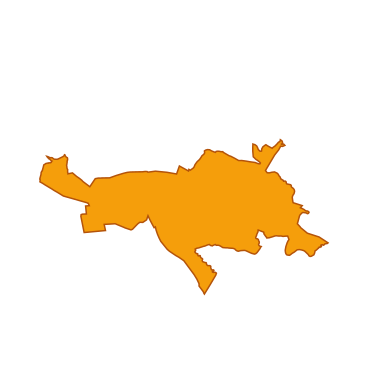 the district of Ixtapangajoya, Chiapas, Mexico, rotated 121°
{"feature_id": "50627088B67018988182398", "entity_name": "Ixtapangajoya", "entity_type": "district", "adm_level": 2, "iso_a3": "MEX", "parent_name": "Mexico", "parent_adm1": "Chiapas", "projection": "natural_earth1", "projection_center": [-92.977, 17.461], "detail": "fine", "context": "isolated", "style": "filled", "palette": "amber", "viewbox_px": 384, "rotation_deg": 121, "n_neighbors": 0, "source": "geoboundaries", "source_scale": "gbopen_adm2", "svg_char_len": 6065}
<svg xmlns="http://www.w3.org/2000/svg" viewBox="0 0 384 384"><g transform="rotate(121 192 192)"><path d="M119.5,164.5L122.3,163.0L125.6,161.0L129.2,158.4L130.3,157.6L130.6,156.1L131.1,154.3L131.2,152.1L131.5,149.5L131.9,148.3L132.7,148.2L133.2,148.8L133.7,150.2L134.2,153.1L136.0,157.3L137.6,161.4L139.4,165.6L141.0,168.2L141.1,172.7L141.4,177.3L141.8,178.7L141.9,185.7L141.7,185.9L141.6,186.4L141.8,186.8L142.5,187.8L143.1,189.7L143.9,191.2L144.8,192.2L146.0,192.4L146.3,193.9L146.7,196.4L146.7,198.6L147.7,200.6L149.1,201.9L150.4,202.5L152.0,201.3L153.6,201.3L155.7,202.1L157.8,202.1L160.3,202.3L163.4,203.2L166.9,203.5L169.7,203.1L170.9,203.3L174.2,204.7L174.2,206.3L175.8,205.8L176.2,216.2L184.5,214.5L188.0,223.6L193.0,234.1L197.7,240.0L197.6,241.0L198.5,242.7L200.2,244.9L200.4,245.2L203.0,249.4L206.6,255.1L208.6,257.7L211.4,260.5L216.7,265.3L222.3,269.9L226.4,276.5L227.0,277.3L228.5,279.7L230.4,281.8L240.1,282.3L239.2,290.9L238.7,292.5L238.3,295.4L238.1,298.9L237.2,304.3L240.3,307.7L239.7,308.0L239.3,308.7L238.7,309.0L238.2,309.4L236.8,310.1L236.4,311.0L235.1,312.1L234.5,312.5L233.5,313.4L232.8,313.5L231.5,314.1L230.9,314.3L230.3,314.6L229.9,315.0L229.3,315.0L228.5,315.2L227.4,315.9L226.8,316.5L226.9,317.5L226.8,318.0L226.3,319.2L225.6,320.1L225.7,320.5L226.5,320.3L227.1,320.4L228.4,321.0L232.4,323.6L233.4,324.4L234.8,326.9L234.8,328.3L234.6,329.1L234.7,329.6L235.1,330.5L235.7,331.3L235.9,333.7L236.2,334.8L236.6,334.0L237.3,331.6L237.1,331.0L237.6,329.2L237.6,328.0L238.2,328.3L238.7,328.0L239.1,327.9L239.5,328.1L239.9,328.4L240.3,329.1L241.1,329.8L241.0,330.0L242.9,332.0L243.5,332.2L245.1,333.0L247.7,332.2L250.6,331.4L250.9,331.2L251.7,331.5L253.4,331.2L254.3,330.6L258.5,329.4L258.9,329.2L259.2,328.9L259.4,329.0L260.1,328.2L261.6,327.6L261.5,324.4L261.6,321.9L261.6,313.3L261.7,310.9L261.6,307.0L261.7,300.2L255.3,276.5L255.3,275.4L255.1,275.1L256.6,273.0L258.8,276.0L265.2,271.2L267.5,274.6L268.5,275.4L270.1,274.7L282.3,263.6L275.7,254.6L269.6,246.3L265.0,250.6L259.0,241.8L258.8,241.6L257.3,231.6L257.3,231.1L255.9,224.8L254.6,223.8L247.2,222.1L244.8,221.1L243.4,218.5L239.3,216.6L235.0,217.5L237.7,213.5L240.0,209.7L242.1,206.1L240.8,205.4L243.2,203.1L246.0,199.8L248.3,196.6L250.4,193.3L253.9,183.7L254.4,180.9L254.8,173.2L254.7,169.7L255.1,163.6L261.8,147.5L262.5,146.2L264.2,142.9L267.0,138.7L269.0,137.5L271.6,131.1L272.0,130.4L272.3,130.2L272.7,129.6L273.1,128.8L261.5,128.7L250.9,128.8L250.3,129.0L249.3,129.1L249.0,129.3L248.9,129.5L248.9,130.7L249.0,131.1L249.9,132.2L250.1,133.1L250.0,133.4L249.8,133.5L248.4,132.9L248.1,132.8L247.8,132.9L247.7,133.4L247.8,133.7L248.5,134.7L248.6,135.3L247.3,136.9L246.7,137.3L246.3,137.4L245.9,137.9L245.9,138.7L247.0,140.7L246.7,142.0L246.0,142.7L245.4,143.2L245.3,143.6L245.7,144.4L246.2,146.8L245.9,147.5L245.5,148.0L245.0,148.2L244.3,148.2L243.9,148.5L243.7,149.6L243.8,150.4L243.7,150.8L243.0,151.6L242.7,151.8L242.4,152.1L242.4,152.5L242.5,152.7L242.7,152.9L243.0,152.9L243.1,153.1L243.4,153.5L243.5,153.9L243.1,154.5L242.1,155.1L242.1,155.7L242.5,156.4L242.2,158.1L242.0,158.5L241.5,158.9L241.2,158.9L240.8,158.7L239.9,158.9L239.3,159.9L237.8,159.0L236.5,157.5L232.5,154.0L231.8,153.2L229.1,151.2L228.0,150.0L228.3,148.9L228.3,148.6L227.9,147.4L227.7,146.8L227.0,146.5L225.0,145.0L225.2,144.2L225.1,143.6L224.4,142.6L224.0,141.8L223.8,141.0L223.7,139.3L223.8,137.3L223.7,136.8L222.3,134.0L221.9,133.4L221.5,132.7L221.1,131.6L219.2,127.9L218.9,126.7L218.8,125.9L219.2,124.9L219.3,123.2L219.0,122.0L218.7,121.5L218.0,120.9L217.2,120.1L215.1,117.1L214.6,115.8L213.9,109.5L213.2,106.9L213.0,106.4L212.1,105.6L210.6,105.1L209.1,104.9L205.9,104.6L203.9,104.7L203.1,104.6L203.5,106.0L203.4,106.7L203.3,107.1L203.0,107.6L202.5,108.0L202.3,108.1L201.6,108.0L200.7,108.3L200.3,108.5L199.8,109.1L199.7,109.5L198.8,110.4L198.5,110.8L198.5,111.3L198.5,112.1L198.8,112.7L198.8,113.1L198.7,113.5L198.5,113.8L198.2,113.9L197.8,114.1L195.9,114.3L195.2,114.6L192.9,114.9L192.3,114.9L190.5,115.7L189.5,109.8L190.8,108.8L192.2,105.7L192.4,104.9L192.9,104.2L192.1,103.1L191.4,102.2L188.9,99.9L186.9,98.2L186.1,97.2L185.2,95.2L183.8,92.9L183.2,91.1L181.9,89.4L180.5,87.3L182.8,84.4L184.4,84.5L186.5,84.3L190.5,83.4L193.9,82.1L195.5,80.9L196.5,79.8L197.0,78.7L197.0,78.1L196.1,75.9L195.3,75.4L193.1,74.6L190.9,73.4L188.0,72.3L187.3,72.0L186.0,70.2L185.3,68.4L184.7,66.1L184.7,64.7L185.7,60.3L186.0,59.6L186.3,59.2L186.5,58.7L186.4,57.6L186.0,57.0L185.4,56.5L183.1,55.2L181.4,55.4L179.0,56.2L178.0,55.6L176.0,55.0L175.5,55.0L175.2,54.7L174.7,54.6L174.0,54.7L173.7,54.4L173.5,53.8L172.8,53.8L172.6,53.2L172.3,53.0L172.0,53.0L171.7,53.2L171.5,53.5L171.3,54.1L170.9,54.1L170.7,53.9L170.5,53.5L170.1,53.3L170.0,53.2L169.9,52.9L169.9,52.6L170.0,52.4L170.0,52.1L169.8,51.8L168.5,51.3L168.0,51.4L167.5,50.9L167.0,50.1L166.3,49.4L165.5,49.2L165.1,59.9L167.9,71.9L166.6,80.5L166.1,81.5L165.0,85.3L157.2,87.5L156.2,87.6L155.2,87.4L153.5,87.0L152.5,86.5L151.4,84.1L151.1,83.0L151.2,82.0L150.5,81.3L149.9,81.2L149.2,81.2L148.8,81.8L148.8,83.1L149.0,83.6L149.4,84.4L149.5,85.2L149.3,87.0L149.4,89.0L149.7,91.0L146.9,90.5L149.1,99.8L148.3,100.6L145.1,103.2L144.4,103.5L143.5,103.7L142.6,103.8L141.0,103.7L139.8,104.0L138.6,104.4L137.6,105.3L137.0,106.3L136.7,107.3L136.6,108.5L136.4,109.4L136.1,109.8L135.5,110.1L135.1,110.7L135.0,111.3L135.7,113.4L136.1,114.4L136.2,115.2L135.5,116.0L135.1,116.3L134.8,116.6L134.6,117.3L134.7,117.9L135.6,119.0L135.3,119.5L134.9,120.3L135.1,121.0L134.9,122.0L135.1,122.6L134.8,123.0L134.5,123.4L134.1,123.7L133.7,124.3L133.3,125.8L132.5,127.0L132.1,128.1L132.0,128.7L132.2,130.6L132.3,131.6L134.0,133.8L135.8,135.6L136.8,137.5L135.7,140.1L117.7,140.2L111.2,139.4L107.2,139.6L106.2,137.8L104.2,136.4L103.7,138.2L105.4,140.4L104.1,139.6L102.7,140.0L101.8,141.3L101.7,143.2L102.7,142.8L103.7,142.7L104.7,143.5L107.2,143.9L110.0,144.6L112.2,145.6L113.2,145.8L113.4,148.2L113.5,151.1L113.4,153.0L114.5,153.6L116.8,154.5L119.1,154.4L121.2,153.5L122.0,154.6L121.5,157.0L120.1,158.8L119.2,160.3L119.0,162.5L119.4,163.8L119.5,164.5Z" fill="#f59e0b" stroke="#b45309" stroke-width="1.5"/></g></svg>